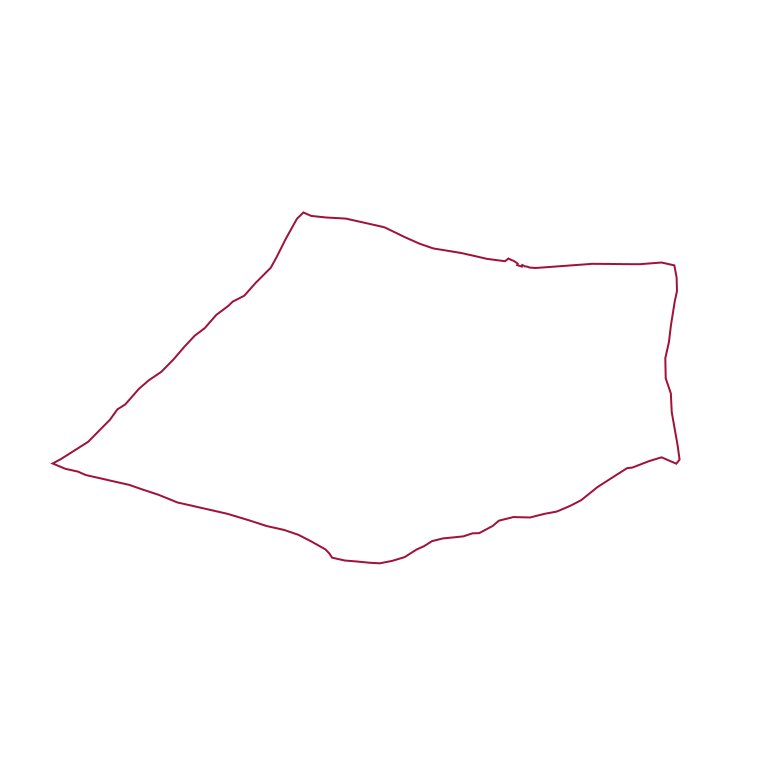 outline of Akoko South West, Ondo, Nigeria, rotated 13°
{"feature_id": "59680162B66461609617276", "entity_name": "Akoko South West", "entity_type": "district", "adm_level": 2, "iso_a3": "NGA", "parent_name": "Nigeria", "parent_adm1": "Ondo", "projection": "orthographic", "projection_center": [5.689, 7.401], "detail": "fine", "context": "isolated", "style": "outline", "palette": "rose", "viewbox_px": 768, "rotation_deg": 13, "n_neighbors": 0, "source": "geoboundaries", "source_scale": "gbopen_adm2", "svg_char_len": 1758}
<svg xmlns="http://www.w3.org/2000/svg" viewBox="0 0 768 768"><g transform="rotate(13 384 384)"><path d="M645.2,214.5L640.2,203.1L627.1,203.2L605.7,209.9L588.2,213.8L575.8,216.5L559.7,220.1L556.0,221.3L553.7,222.0L505.5,236.9L499.3,237.8L497.1,237.4L495.2,237.7L493.3,237.3L491.9,237.0L491.9,238.6L487.0,238.2L487.2,236.7L485.9,236.1L484.2,235.4L483.0,235.0L482.0,234.7L480.4,234.6L477.1,233.7L474.3,237.1L468.7,237.7L456.2,238.9L448.1,238.9L443.6,238.9L429.8,239.0L401.9,240.8L400.2,240.7L387.1,239.3L370.6,236.1L349.2,231.2L326.2,231.3L312.6,231.4L309.7,231.4L290.0,234.8L275.2,236.6L266.9,235.0L262.0,242.6L258.4,255.1L255.6,264.8L250.8,284.6L247.5,296.2L244.8,300.5L236.1,314.5L228.0,329.4L218.1,337.7L214.9,342.7L205.1,354.3L196.8,369.8L190.4,377.5L188.9,379.2L186.5,383.3L180.9,393.0L173.0,408.1L172.5,408.8L164.3,422.2L153.9,433.4L146.3,443.8L136.5,462.1L129.9,468.7L125.1,480.3L116.9,493.6L108.8,506.8L85.8,530.1L79.0,536.0L92.5,538.3L105.6,538.2L113.9,539.8L136.9,539.7L143.0,539.7L158.3,539.6L173.1,541.2L189.6,542.7L190.6,542.9L209.4,545.9L230.7,545.8L260.4,545.7L283.4,547.2L301.5,548.8L319.6,548.7L334.5,550.2L347.6,553.5L364.1,558.3L369.1,561.6L372.4,564.9L385.6,564.8L397.1,563.1L410.2,561.4L420.1,559.7L431.6,554.6L443.1,548.0L452.9,538.0L459.5,533.0L466.0,526.4L475.9,521.3L485.7,518.0L495.6,514.6L503.8,509.6L510.3,507.9L521.8,497.9L526.7,491.3L537.2,486.0L539.8,484.6L556.3,481.2L569.4,474.5L580.9,469.5L592.4,461.2L602.2,452.9L615.3,436.3L631.6,419.6L639.8,411.3L644.7,409.6L659.5,399.6L668.1,394.6L671.0,393.0L686.7,395.9L689.0,391.2L684.0,378.0L670.7,346.7L665.6,328.6L658.9,317.8L657.3,315.4L652.3,295.6L652.2,279.1L650.4,262.5L648.7,237.8L648.6,227.9L648.2,226.2L645.2,214.5Z" fill="none" stroke="#9f1239" stroke-width="2"/></g></svg>